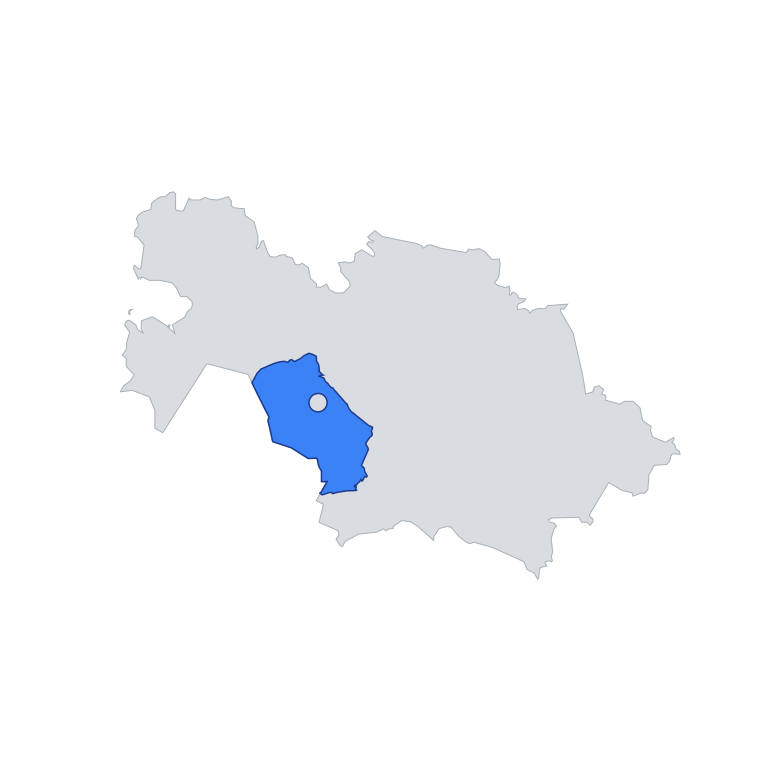 location of Qyzylorda within Kazakhstan, rotated 27°
{"feature_id": "KAZ-3197", "entity_name": "Qyzylorda", "entity_type": "Region", "adm_level": 1, "iso_a3": "KAZ", "parent_name": "Kazakhstan", "parent_adm1": "", "projection": "albers", "projection_center": [63.953, 45.065], "detail": "fine", "context": "in_parent", "style": "filled", "palette": "blue", "viewbox_px": 768, "rotation_deg": 27, "n_neighbors": 0, "source": "natural_earth", "source_scale": "10m", "svg_char_len": 6776}
<svg xmlns="http://www.w3.org/2000/svg" viewBox="0 0 768 768"><g transform="rotate(27 384 384)"><path d="M457.9,508.7L454.2,510.8L452.3,514.0L449.4,513.3L444.6,519.4L429.5,529.3L420.7,542.1L420.8,547.7L418.2,547.9L411.7,544.0L412.6,539.1L409.4,535.5L388.9,536.8L384.7,518.7L376.6,518.7L377.5,496.7L372.8,499.4L367.6,489.8L357.9,481.0L350.4,484.7L330.5,482.9L310.8,485.6L297.9,470.2L295.6,465.1L258.4,437.2L217.0,446.3L209.0,527.8L199.9,527.4L191.9,511.6L180.8,502.0L162.8,503.9L152.5,510.7L152.9,503.6L156.5,496.7L157.2,489.3L146.3,485.3L142.7,478.2L137.6,477.1L138.7,470.3L135.9,463.8L133.8,453.4L126.4,449.2L125.7,446.0L126.8,443.5L128.7,442.9L135.8,443.9L140.3,447.5L146.2,447.8L142.8,445.3L139.2,437.8L147.0,429.2L162.8,430.6L174.6,433.8L168.7,427.6L176.1,414.7L175.9,408.3L178.1,404.2L177.1,399.9L175.1,397.4L168.7,395.7L163.0,398.5L155.8,392.9L149.5,390.1L137.3,393.3L128.2,398.1L119.7,398.4L119.5,400.8L118.5,400.0L117.1,400.9L117.3,402.0L108.8,395.2L107.6,393.1L108.1,391.3L113.5,393.0L114.9,391.7L107.1,369.0L97.4,364.9L94.4,365.7L92.4,360.5L93.3,354.2L88.3,349.1L88.3,345.4L90.7,340.6L97.0,334.2L94.8,328.7L95.7,325.9L99.7,318.8L104.0,316.3L106.3,310.6L109.4,308.3L112.1,309.4L118.7,322.5L120.0,323.4L125.0,322.1L126.6,320.5L126.0,306.9L128.5,307.6L136.7,303.5L140.0,298.8L144.7,298.6L152.2,295.6L160.3,287.8L165.1,290.4L167.0,294.6L170.7,295.0L179.9,291.3L184.0,297.0L194.6,298.4L204.5,309.5L207.8,315.8L208.0,320.2L209.1,321.4L210.7,318.8L210.0,312.3L211.5,311.0L220.8,319.8L225.2,322.1L230.6,319.7L232.2,316.9L237.5,313.5L239.2,314.6L244.9,313.2L250.6,317.6L253.6,317.0L256.5,313.5L263.8,314.7L270.6,323.3L278.6,325.5L279.5,328.3L283.7,326.6L287.5,320.8L292.5,324.8L299.8,324.8L306.3,321.3L309.3,313.2L308.9,311.1L306.3,308.4L294.0,303.3L293.0,300.6L288.2,296.8L293.9,292.8L297.3,292.4L301.9,288.5L299.2,280.9L303.1,274.5L315.7,275.5L317.2,274.2L316.3,271.9L311.6,269.1L305.4,267.6L305.0,266.5L305.9,264.1L310.1,262.6L309.3,261.3L306.3,261.8L302.7,260.2L306.4,251.5L315.6,253.4L349.2,244.1L355.4,243.8L357.5,245.0L359.4,241.1L362.5,238.7L372.3,237.5L397.2,229.7L398.3,228.0L397.7,225.6L401.8,224.5L407.4,220.1L414.1,220.4L423.3,224.0L430.2,220.3L432.7,223.9L437.3,235.2L437.4,240.3L436.2,242.7L436.9,243.7L440.2,244.6L448.9,242.8L451.0,239.9L454.1,244.0L455.3,247.9L457.0,246.5L456.5,244.5L457.2,243.5L461.1,243.6L465.6,246.4L471.8,243.8L471.6,246.4L467.3,251.8L467.3,254.2L469.3,257.3L474.9,252.8L479.6,253.2L481.8,254.9L482.7,251.2L487.2,246.7L492.1,244.5L493.9,242.5L494.3,239.8L511.5,229.4L510.1,236.2L507.1,236.5L508.3,239.2L529.2,252.6L558.0,287.2L568.2,301.4L573.5,296.4L572.8,291.2L576.2,288.0L582.1,289.1L582.4,294.1L586.8,293.4L588.9,297.8L603.2,294.9L606.0,290.4L613.7,286.3L622.9,289.0L631.1,299.2L641.3,300.6L642.4,304.2L647.2,309.3L661.2,308.1L666.4,300.2L667.7,301.7L667.0,305.0L670.1,305.9L674.0,309.4L677.7,309.9L679.7,312.3L672.7,315.2L672.3,317.9L673.6,323.1L672.3,327.4L661.8,333.7L661.3,344.7L667.1,358.4L665.7,363.2L662.2,364.7L656.8,370.9L654.2,368.3L644.6,370.8L628.9,369.8L626.4,406.8L626.9,408.4L631.8,409.5L632.6,412.3L631.9,416.3L627.5,415.1L622.9,417.5L618.1,414.3L594.6,427.1L592.2,430.4L594.6,431.9L598.5,430.8L602.4,432.1L601.2,436.1L603.2,446.0L610.3,456.7L611.7,462.2L614.3,465.0L614.0,466.4L611.8,466.3L608.5,468.9L608.7,470.5L611.7,472.1L606.9,476.3L606.7,478.8L610.0,487.0L609.4,488.2L603.8,484.2L595.5,484.3L589.4,478.8L554.3,480.5L535.9,484.2L533.0,487.4L528.5,487.5L519.2,485.6L508.6,481.1L504.6,482.6L498.8,487.7L497.6,497.0L499.3,500.9L478.6,495.4L470.0,494.8L462.0,497.5L456.8,506.8L457.9,508.7ZM126.1,437.2L124.6,437.5L123.5,434.9L124.3,432.6L125.8,432.0L124.2,434.7L126.1,437.2ZM166.8,431.0L165.5,430.4L165.0,429.3L166.8,428.6L166.8,431.0Z" fill="#d9dde1" stroke="#a8b0b8" stroke-width="1"/><path d="M311.4,485.9L311.0,485.8L310.7,485.6L309.5,484.2L308.7,483.1L307.8,482.0L306.9,481.0L306.0,479.9L305.1,478.8L304.2,477.7L303.4,476.6L302.5,475.5L301.4,474.2L300.5,473.2L299.7,472.2L297.9,470.2L297.0,468.6L296.9,468.1L296.8,466.9L296.7,466.4L296.5,465.8L296.1,465.3L295.1,464.6L293.8,463.6L291.9,462.3L289.7,460.7L287.1,458.8L284.3,456.7L281.3,454.5L278.3,452.3L275.2,450.0L272.2,447.7L269.4,445.6L266.8,443.6L265.8,442.8L266.1,431.8L267.7,426.4L276.9,415.4L281.0,411.6L284.9,409.0L288.6,408.3L289.2,405.6L290.7,404.2L294.2,404.6L298.2,398.9L299.7,395.3L303.1,390.8L306.9,390.0L311.1,390.1L313.9,394.7L315.7,395.4L317.9,397.6L320.1,401.1L319.8,402.0L321.2,402.5L322.6,402.7L324.3,403.6L325.7,403.6L323.0,405.6L322.8,406.6L327.3,405.9L331.2,408.6L333.4,408.9L337.2,410.8L339.2,411.0L340.0,410.7L340.5,411.1L358.8,418.4L360.1,418.6L363.9,421.9L367.2,423.4L389.3,428.0L391.9,427.7L393.5,427.8L394.0,430.0L394.3,432.1L396.0,433.4L396.7,435.6L395.6,437.7L394.8,443.0L394.9,445.7L396.4,446.8L398.5,448.0L399.8,449.5L400.8,466.5L402.4,467.6L403.0,467.4L404.0,467.8L405.0,468.4L405.2,469.1L406.8,470.9L410.7,473.5L410.7,475.0L409.3,475.0L408.3,476.4L408.7,477.2L409.0,478.7L408.4,480.5L406.7,479.6L406.7,481.9L405.7,484.1L405.4,486.1L404.0,487.5L404.4,489.6L404.8,487.8L405.3,487.5L405.4,488.3L406.0,488.3L406.2,489.8L407.3,490.7L407.8,491.0L407.1,491.8L399.3,496.1L391.6,501.7L388.2,504.9L386.7,504.4L384.3,505.7L379.3,510.9L378.0,510.7L376.5,510.5L376.5,509.9L376.5,509.7L376.9,509.4L377.0,509.2L377.1,508.4L377.1,507.8L377.4,502.3L377.6,496.7L375.2,498.1L372.9,499.4L372.6,499.4L371.5,497.2L370.3,494.8L369.3,492.9L367.9,490.1L367.6,489.8L367.2,489.6L365.6,488.5L363.9,487.5L363.1,486.7L362.2,485.8L360.5,483.6L358.7,481.3L358.4,481.1L358.2,480.9L357.9,480.8L357.6,480.8L357.4,480.9L357.1,481.0L355.5,481.9L353.9,482.8L352.4,483.7L350.7,484.6L350.2,484.8L349.3,484.7L347.1,484.5L344.8,484.3L342.6,484.1L340.3,483.9L337.9,483.7L335.4,483.4L333.0,483.2L330.5,482.9L329.0,483.2L327.6,483.4L326.1,483.6L324.6,483.8L323.1,484.1L321.6,484.3L320.2,484.5L318.7,484.7L317.8,484.9L316.9,485.0L315.9,485.2L315.0,485.3L314.5,485.4L313.9,485.5L313.3,485.6L312.7,485.7L311.4,485.9L311.4,485.9ZM333.7,439.7L334.6,439.7L335.5,439.6L336.4,439.3L337.2,439.0L338.0,438.7L338.7,438.2L339.4,437.7L340.1,437.1L340.7,436.4L341.2,435.7L341.7,435.0L342.0,434.2L342.3,433.3L342.6,432.4L342.7,431.5L342.7,430.6L342.7,429.6L342.6,428.7L342.3,427.8L342.0,427.0L341.7,426.2L341.2,425.4L340.7,424.7L340.1,424.1L339.5,423.5L338.8,422.9L338.0,422.5L337.3,422.1L336.4,421.8L335.6,421.5L334.7,421.4L333.8,421.3L332.9,421.4L332.0,421.5L331.1,421.7L330.3,422.0L329.5,422.4L328.8,422.9L328.1,423.4L327.4,424.0L326.8,424.6L326.3,425.3L325.8,426.1L325.4,426.9L325.1,427.7L324.9,428.6L324.7,429.5L324.7,430.4L324.7,431.4L324.8,432.3L325.1,433.2L325.3,434.0L325.7,434.8L326.2,435.6L326.7,436.3L327.3,437.0L327.9,437.6L328.6,438.1L329.3,438.6L330.1,439.0L330.9,439.3L331.8,439.5L332.7,439.7L333.7,439.7Z" fill="#3b82f6" stroke="#1e3a8a" stroke-width="1.5"/></g></svg>